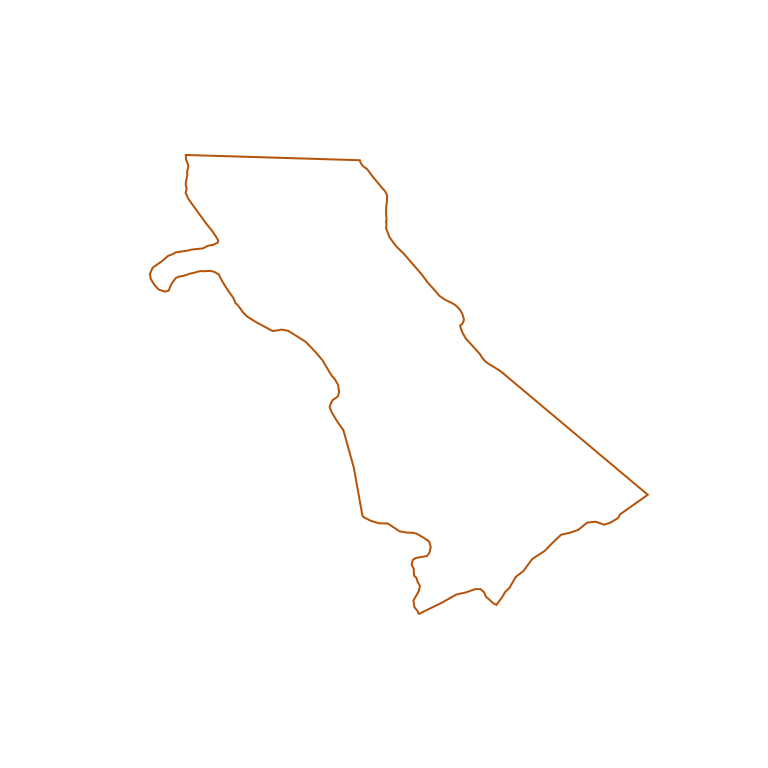 Tete Morne, Choiseul, Saint Lucia (Equal Earth projection), rotated 299°
{"feature_id": "8701671B29380756423502", "entity_name": "Tete Morne", "entity_type": "district", "adm_level": 2, "iso_a3": "LCA", "parent_name": "Saint Lucia", "parent_adm1": "Choiseul", "projection": "equal_earth", "projection_center": [-61.034, 13.762], "detail": "fine", "context": "isolated", "style": "outline", "palette": "amber", "viewbox_px": 768, "rotation_deg": 299, "n_neighbors": 0, "source": "geoboundaries", "source_scale": "gbopen_adm2", "svg_char_len": 2541}
<svg xmlns="http://www.w3.org/2000/svg" viewBox="0 0 768 768"><g transform="rotate(299 384 384)"><path d="M200.1,525.4L200.0,526.2L201.1,526.9L221.4,541.0L234.9,549.3L241.7,556.9L248.9,563.3L251.4,567.9L250.4,572.4L247.5,576.1L245.2,586.0L245.2,589.3L254.7,590.7L260.7,590.8L266.6,592.6L271.1,592.6L279.3,592.8L288.0,596.6L302.9,598.5L315.7,605.4L327.1,608.5L338.1,612.0L344.0,618.7L350.6,624.6L361.3,628.9L366.2,636.0L367.7,644.8L372.7,649.4L380.3,653.7L384.4,653.6L414.4,668.1L415.0,668.4L451.7,479.8L452.2,471.5L452.3,466.5L452.8,462.3L454.4,457.3L456.7,453.2L457.4,451.2L463.4,433.6L466.6,428.3L469.6,424.6L471.7,422.4L473.2,422.6L474.4,423.3L476.8,423.3L479.0,422.7L482.9,419.0L485.5,415.0L487.1,410.7L487.7,407.0L487.7,402.6L487.3,397.2L487.5,393.9L487.9,390.0L490.1,384.1L494.1,372.7L495.8,369.0L497.8,364.7L507.8,337.4L508.3,335.3L510.3,328.1L512.5,323.1L515.2,317.4L518.5,313.7L520.0,311.5L521.8,310.0L525.5,308.5L526.2,307.4L529.2,306.5L534.3,303.0L540.2,300.0L543.0,298.9L544.2,298.4L547.8,296.7L550.3,295.4L552.9,291.9L554.9,286.5L559.6,274.2L563.9,264.7L564.1,261.6L564.7,259.2L566.0,256.4L568.0,254.4L488.2,99.6L484.6,101.9L479.9,107.3L474.4,108.8L471.2,110.7L464.7,112.8L462.2,113.9L459.2,116.7L455.0,117.8L451.2,122.9L445.9,134.0L438.4,150.1L434.2,160.3L430.7,167.0L429.0,169.5L427.1,170.0L423.4,167.6L419.4,162.9L414.8,159.9L413.0,157.3L408.1,150.3L405.4,147.5L398.2,138.1L396.1,136.8L395.6,136.6L391.4,133.1L383.4,130.1L379.0,127.9L373.6,125.3L366.9,125.9L365.3,127.1L363.1,128.8L361.3,131.7L359.4,135.1L357.4,141.1L358.5,147.5L361.2,150.4L367.5,149.6L372.1,150.0L375.7,150.5L378.2,152.3L381.9,156.7L386.0,160.3L389.1,163.8L393.5,168.3L395.2,171.6L398.7,177.2L399.8,181.2L399.7,186.6L397.4,189.7L395.6,192.4L390.3,202.0L386.4,210.2L382.8,214.9L382.0,218.0L380.4,221.6L378.1,226.5L376.6,231.8L376.1,241.5L376.3,260.8L378.4,263.8L381.9,268.0L384.1,274.4L383.8,279.1L383.0,294.7L381.2,300.6L378.7,308.8L374.9,318.9L373.1,321.8L368.8,329.1L365.7,334.7L365.0,337.4L361.2,344.0L355.1,348.7L351.1,349.6L349.1,348.9L344.9,346.9L341.6,346.9L337.5,347.6L333.7,352.3L328.3,361.7L324.0,370.8L295.9,398.4L258.7,428.7L257.7,430.2L257.9,438.5L259.8,447.3L263.8,454.8L263.4,460.6L262.7,468.9L264.9,475.6L267.7,481.0L268.9,485.2L268.8,492.8L268.1,499.9L264.0,504.0L258.6,505.5L254.5,505.1L251.1,500.9L247.3,496.2L243.9,494.5L239.4,495.7L236.6,499.8L234.3,501.0L230.9,503.4L230.2,506.3L227.7,508.8L224.8,513.3L219.7,514.9L209.0,514.7L206.8,516.3L203.6,518.8L201.7,523.3L200.1,525.4Z" fill="none" stroke="#b45309" stroke-width="2"/></g></svg>